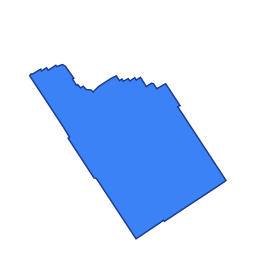 the district of Sevier, Utah, United States of America, rotated 57°
{"feature_id": "52423323B46966183656729", "entity_name": "Sevier", "entity_type": "district", "adm_level": 2, "iso_a3": "USA", "parent_name": "United States of America", "parent_adm1": "Utah", "projection": "orthographic", "projection_center": [-112.118, 38.774], "detail": "fine", "context": "isolated", "style": "filled", "palette": "blue", "viewbox_px": 256, "rotation_deg": 57, "n_neighbors": 0, "source": "geoboundaries", "source_scale": "gbopen_adm2", "svg_char_len": 736}
<svg xmlns="http://www.w3.org/2000/svg" viewBox="0 0 256 256"><g transform="rotate(57 128 128)"><path d="M151.3,183.7L153.0,182.0L225.3,181.6L224.8,148.3L226.1,148.3L225.6,77.4L225.4,74.4L145.2,74.7L137.1,74.8L137.6,72.2L111.4,72.3L110.7,82.5L104.7,82.5L103.2,84.0L103.3,90.0L92.3,90.0L92.3,94.9L89.5,94.9L89.6,100.8L86.7,100.9L86.3,106.5L83.6,106.4L83.6,109.4L77.9,109.4L77.2,115.0L77.2,130.0L78.8,137.6L75.9,138.4L72.9,142.1L68.6,142.8L68.6,145.9L64.1,146.6L64.1,148.0L56.6,147.9L56.7,146.4L42.1,146.9L39.1,148.4L37.6,154.4L36.1,154.4L36.1,163.5L33.1,163.5L33.1,169.5L31.1,169.1L30.8,178.8L29.9,179.7L30.6,182.0L80.9,181.7L93.6,181.7L103.8,182.1L103.9,183.8L151.3,183.7Z" fill="#3b82f6" stroke="#1e3a8a" stroke-width="1.5"/></g></svg>